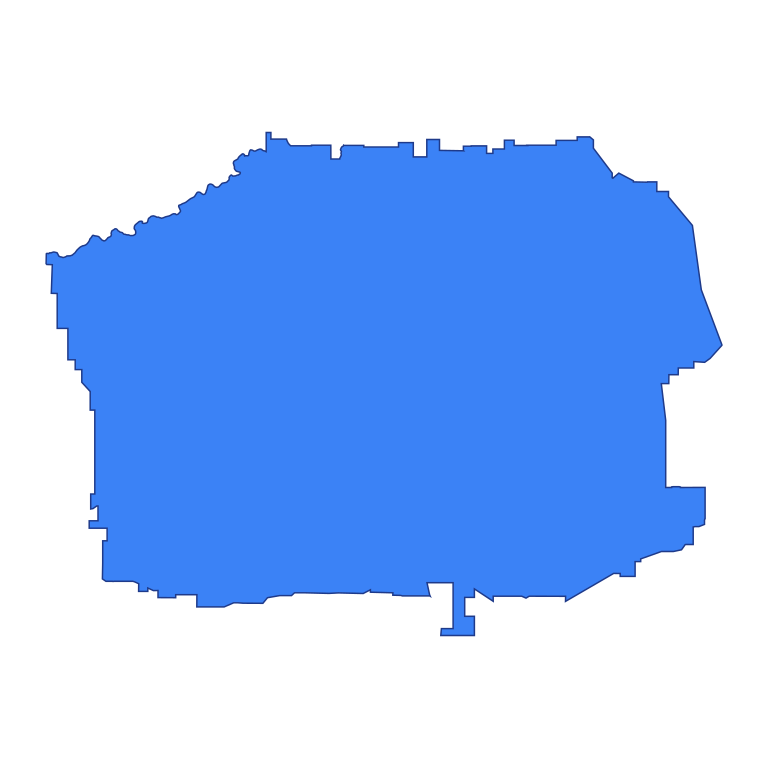 Cuballing, Western Australia, Australia (Mercator projection)
{"feature_id": "25037944B92991223821328", "entity_name": "Cuballing", "entity_type": "district", "adm_level": 2, "iso_a3": "AUS", "parent_name": "Australia", "parent_adm1": "Western Australia", "projection": "mercator", "projection_center": [117.035, -32.74], "detail": "fine", "context": "isolated", "style": "filled", "palette": "blue", "viewbox_px": 768, "rotation_deg": 0, "n_neighbors": 0, "source": "geoboundaries", "source_scale": "gbopen_adm2", "svg_char_len": 6022}
<svg xmlns="http://www.w3.org/2000/svg" viewBox="0 0 768 768"><path d="M94.8,410.1L94.8,494.0L90.7,494.0L90.7,509.0L93.0,508.6L96.7,506.0L98.0,506.0L98.0,520.8L89.2,520.8L89.2,528.2L107.1,528.2L107.1,540.8L102.7,540.8L102.7,563.2L102.4,578.9L105.9,581.3L112.5,581.3L113.0,581.5L113.9,581.3L132.9,581.3L134.5,581.8L138.7,583.7L138.6,591.4L147.8,591.4L147.8,588.0L153.4,590.6L158.0,590.5L158.0,597.6L175.7,597.7L175.7,594.7L196.9,594.7L196.8,606.9L224.2,606.9L233.7,602.8L237.9,602.8L243.2,603.2L262.9,603.3L267.5,597.7L279.7,595.6L291.5,595.6L294.4,592.9L294.6,592.8L305.3,592.8L328.9,593.4L338.4,592.9L363.2,593.5L370.4,589.8L370.4,592.2L392.9,592.8L392.8,595.2L400.7,595.4L402.3,595.9L429.7,595.9L430.2,596.2L429.6,594.8L427.0,582.7L453.1,582.7L453.1,628.6L441.4,628.6L440.8,635.5L474.4,635.5L474.4,616.3L464.7,616.3L464.7,597.4L474.4,597.4L474.4,588.9L493.2,601.3L493.2,596.2L521.7,596.2L526.0,598.1L529.2,596.2L565.6,596.3L565.5,601.4L613.7,573.4L620.2,573.5L620.2,576.4L635.1,576.4L635.1,561.6L640.7,561.6L640.7,558.9L661.4,551.5L673.4,551.5L681.5,549.8L685.2,544.6L685.7,544.5L693.2,544.5L693.2,527.0L695.0,526.6L698.9,526.6L704.5,524.4L704.5,520.2L704.9,518.8L705.1,518.7L705.1,487.4L680.4,487.5L680.4,487.0L679.2,486.7L672.9,486.7L671.6,486.9L671.6,487.5L665.7,487.5L665.7,420.3L661.3,383.6L668.8,383.6L668.9,374.7L678.2,374.7L678.3,368.0L693.8,368.0L693.8,361.6L704.7,362.3L710.1,358.4L721.9,345.3L721.9,344.8L701.3,289.8L692.4,225.4L668.5,196.8L668.5,191.5L656.8,191.5L656.8,181.9L647.4,181.9L647.2,182.2L633.4,181.9L633.4,180.8L618.8,173.1L612.9,178.2L612.2,177.8L612.2,173.1L593.4,148.2L593.4,139.9L589.7,136.8L589.4,136.9L577.2,136.9L577.2,140.4L556.1,140.4L556.1,145.2L527.2,145.2L527.4,145.5L514.1,145.5L514.1,140.2L504.4,140.2L504.4,149.0L492.9,149.0L492.9,153.4L486.6,153.4L486.6,145.9L471.2,145.9L471.2,146.2L463.4,146.2L463.4,150.7L463.5,150.8L439.5,150.4L439.5,139.5L426.8,139.5L426.8,156.9L413.3,156.9L413.3,142.6L398.5,142.6L398.5,147.0L363.8,147.0L363.8,145.4L343.9,145.4L343.6,145.2L343.5,145.6L343.4,145.8L342.9,146.3L342.1,146.7L341.5,147.3L341.0,148.3L340.7,149.1L340.5,149.5L340.6,150.2L340.8,150.4L341.2,151.1L341.4,151.3L341.0,153.1L341.0,153.5L341.2,154.0L341.3,155.0L341.2,155.4L341.0,155.6L340.9,156.1L340.0,157.9L339.7,158.5L339.7,159.0L330.9,159.0L330.8,145.2L311.5,145.2L311.5,145.8L290.6,145.8L288.6,143.7L287.9,142.6L287.3,141.3L286.8,140.2L286.5,139.1L285.3,139.1L270.9,139.1L270.9,132.5L266.2,132.5L266.2,150.9L266.1,151.7L264.9,151.0L263.5,150.7L262.3,150.2L261.9,149.5L261.7,149.4L260.5,149.1L259.8,149.1L258.8,149.4L257.5,149.9L255.5,151.0L254.9,151.1L253.9,151.0L252.4,150.2L251.0,149.9L250.6,149.9L250.2,150.2L249.8,150.8L249.0,153.1L248.6,155.2L248.4,155.5L248.0,155.7L247.7,155.8L245.7,155.7L244.6,156.0L244.4,155.7L244.5,155.1L244.3,154.7L243.9,154.3L243.2,153.9L242.5,153.9L242.0,154.1L241.6,154.7L240.8,155.1L239.1,156.7L238.2,158.0L238.1,158.3L237.8,159.0L234.4,160.9L233.8,161.5L233.5,162.2L233.4,162.9L233.4,163.7L233.9,164.7L233.9,165.4L234.5,166.9L234.3,168.0L234.4,168.5L234.7,169.2L235.9,170.8L236.6,171.3L239.7,172.1L240.2,172.4L240.3,172.6L240.3,172.9L240.2,173.5L240.0,173.9L239.2,174.3L238.5,175.0L237.3,175.1L235.5,175.9L232.8,176.1L231.5,175.0L231.2,175.0L230.7,175.3L229.7,176.3L229.3,177.0L229.1,177.4L229.2,178.7L228.9,180.0L226.8,182.1L226.3,182.4L222.4,183.2L222.0,183.4L219.0,186.6L218.4,187.0L216.9,187.3L216.2,187.3L215.4,187.0L214.9,186.8L214.3,186.4L213.4,185.4L212.5,184.7L211.6,184.3L210.8,184.1L209.8,184.1L208.4,184.9L207.9,185.7L207.6,186.7L207.1,188.9L206.8,189.9L206.3,190.9L206.0,192.2L205.1,193.9L204.5,194.3L203.5,194.5L202.7,194.3L202.1,193.9L200.1,192.4L199.4,192.2L198.5,192.1L197.5,192.3L196.9,192.8L194.6,196.4L194.2,196.8L193.2,197.4L190.7,198.6L189.8,199.2L186.1,202.1L184.6,202.9L182.1,203.8L181.4,204.4L179.2,205.2L178.8,205.4L178.7,206.2L178.7,206.6L179.0,207.3L180.5,210.7L180.5,211.2L180.2,211.8L179.7,212.4L178.2,214.0L177.5,214.4L176.7,214.6L176.3,214.6L176.0,214.5L175.4,213.9L174.1,213.8L173.4,213.8L172.1,214.3L170.2,215.5L168.9,216.0L165.6,216.8L163.2,217.8L161.5,218.3L160.8,217.9L160.0,217.8L158.4,217.1L157.1,217.2L156.7,217.2L156.0,216.7L155.3,216.4L153.6,215.9L152.4,216.0L151.0,216.4L149.7,217.6L148.8,218.2L148.3,219.0L147.8,221.1L147.5,221.9L147.2,222.4L146.6,222.9L145.9,223.0L145.1,223.3L143.3,223.4L142.5,223.2L142.2,222.9L142.2,222.7L142.4,222.2L142.5,221.9L142.0,221.3L141.4,221.2L140.1,221.3L139.6,221.4L139.0,221.7L137.6,222.9L135.4,224.7L134.6,225.9L134.3,226.9L134.2,228.5L134.4,229.0L134.7,229.6L135.2,230.0L135.4,230.4L135.7,231.4L135.6,232.0L135.8,232.8L135.7,233.2L135.4,234.1L135.2,234.4L133.2,235.5L130.4,235.6L128.7,234.9L127.6,234.9L126.2,234.7L125.7,234.5L125.3,234.3L124.0,234.2L123.6,234.0L122.4,232.7L121.9,232.5L120.8,232.3L120.2,232.1L119.9,232.0L119.1,231.3L118.1,230.8L117.1,229.5L116.6,229.1L115.9,228.8L115.0,228.8L113.5,229.9L112.7,230.3L112.0,230.8L111.7,231.2L111.2,232.9L111.1,233.6L111.4,234.4L111.3,234.9L111.1,235.7L110.7,236.3L109.7,237.0L108.6,237.3L108.3,237.6L107.9,237.7L107.5,238.3L107.2,238.6L106.7,239.2L105.9,240.0L105.2,240.6L104.2,240.9L103.8,240.9L103.4,240.6L102.3,240.3L99.9,237.9L99.3,237.1L98.4,236.5L96.8,236.1L94.6,235.8L94.2,235.7L93.9,235.5L93.0,235.3L92.4,235.7L92.0,236.4L91.5,237.0L91.5,237.3L90.1,238.7L89.7,239.4L89.6,240.1L89.2,240.9L88.4,242.2L87.1,243.8L85.6,245.0L83.9,245.6L82.4,245.9L81.9,246.2L80.5,246.9L79.8,247.4L77.4,249.6L75.7,251.8L75.2,252.6L71.9,255.4L71.5,255.3L70.4,255.8L68.5,255.9L67.8,255.9L66.8,256.0L66.6,256.1L66.5,256.3L65.4,256.9L63.4,257.5L63.0,257.5L62.4,257.4L62.0,257.1L60.1,256.8L59.5,256.4L59.0,256.3L58.8,256.0L57.9,254.3L57.7,253.8L57.0,252.7L54.9,252.2L53.8,252.0L52.1,252.4L51.8,252.6L51.2,252.8L49.5,252.9L49.3,253.2L48.6,253.6L48.2,253.4L47.5,253.4L47.3,253.5L46.8,253.4L46.3,253.8L46.3,254.3L46.1,263.7L46.8,264.5L52.3,264.7L51.3,293.3L57.2,293.5L57.2,328.4L67.9,328.4L67.9,359.8L75.2,359.8L75.2,369.6L81.8,369.6L81.8,382.3L90.2,391.5L90.2,410.1L94.8,410.1Z" fill="#3b82f6" stroke="#1e3a8a" stroke-width="1.5"/></svg>